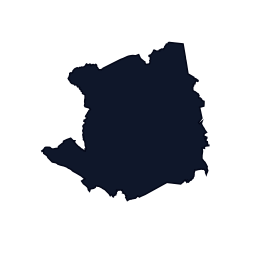 El Arenal, Hidalgo, Mexico (Mercator projection), rotated 243°
{"feature_id": "50627088B4144789748082", "entity_name": "El Arenal", "entity_type": "district", "adm_level": 2, "iso_a3": "MEX", "parent_name": "Mexico", "parent_adm1": "Hidalgo", "projection": "mercator", "projection_center": [-98.879, 20.225], "detail": "fine", "context": "isolated", "style": "filled", "palette": "ink", "viewbox_px": 256, "rotation_deg": 243, "n_neighbors": 0, "source": "geoboundaries", "source_scale": "gbopen_adm2", "svg_char_len": 5766}
<svg xmlns="http://www.w3.org/2000/svg" viewBox="0 0 256 256"><g transform="rotate(243 128 128)"><path d="M54.0,179.8L55.8,179.9L57.5,180.8L57.6,181.0L60.6,181.0L62.6,180.9L64.0,180.4L67.1,179.9L70.1,181.5L73.1,183.6L74.2,184.1L76.6,184.8L76.5,185.3L75.2,186.9L76.6,187.5L76.7,188.4L77.0,189.6L76.7,190.0L76.4,189.8L75.6,192.0L76.0,192.2L76.4,191.3L78.2,191.8L79.8,192.4L80.5,191.1L81.7,192.0L82.1,191.5L83.8,191.7L82.6,193.3L82.3,193.4L83.3,193.3L83.9,194.0L86.6,191.8L87.1,192.0L87.5,192.7L88.3,193.0L88.5,196.0L91.0,195.5L93.2,195.5L95.4,195.2L98.0,195.2L99.0,195.6L100.2,196.9L99.4,193.6L100.5,193.4L100.9,193.4L101.6,194.8L103.2,198.3L114.0,201.2L113.1,205.5L115.1,206.7L117.0,207.7L117.3,207.8L118.2,206.9L119.2,206.3L119.4,206.3L120.1,206.6L121.9,206.0L122.7,204.8L123.8,204.9L124.5,205.9L125.0,205.7L126.0,206.1L126.4,205.9L126.7,205.9L127.0,205.5L127.8,205.2L130.0,204.1L130.6,203.4L131.2,203.2L131.4,202.9L132.4,202.8L133.3,203.5L134.8,203.7L134.7,203.9L135.1,204.4L135.1,204.5L135.8,205.0L135.8,205.5L136.5,206.0L137.1,205.9L137.4,206.6L137.0,207.6L138.3,208.6L139.0,209.5L138.9,210.4L137.9,211.3L137.9,211.5L138.6,212.0L139.0,211.7L140.4,211.1L141.5,210.3L142.1,209.1L142.4,209.1L143.2,209.7L149.0,206.0L162.2,210.3L163.0,210.4L165.1,211.2L177.9,215.2L185.6,203.4L185.6,202.6L184.9,201.8L184.8,201.5L185.1,200.5L185.3,200.3L184.8,199.7L183.7,197.6L182.8,196.9L182.5,196.4L182.5,195.9L182.3,195.7L182.3,195.2L182.1,195.0L183.0,194.1L183.1,191.3L182.4,191.1L183.4,188.3L185.3,186.9L185.6,186.4L185.5,186.1L184.5,185.2L183.2,182.7L182.8,181.6L182.8,180.9L183.1,180.0L183.0,179.7L182.7,179.4L182.1,179.4L181.3,180.1L180.7,180.2L180.4,180.1L179.7,179.4L178.9,179.2L178.2,178.1L177.9,177.9L177.0,178.0L176.4,177.5L175.3,175.8L175.5,175.1L175.8,174.9L175.7,174.6L175.9,174.0L176.3,173.5L176.5,172.8L176.8,172.5L178.3,172.6L179.2,173.0L179.9,172.5L183.8,170.8L184.9,170.6L188.5,170.8L188.7,169.2L188.7,168.3L188.9,167.5L190.3,165.3L190.7,164.4L191.6,161.6L191.9,159.7L192.1,154.8L192.3,153.5L192.4,151.6L192.5,132.9L192.2,132.5L192.2,131.4L191.9,130.8L191.9,130.6L192.1,130.1L192.4,129.9L192.7,129.4L192.8,129.0L193.3,128.3L195.7,128.2L196.5,127.8L198.3,128.5L199.2,128.2L199.4,127.9L199.0,127.2L199.1,126.9L199.3,126.6L200.1,126.2L200.2,125.7L200.8,124.8L200.7,124.5L200.4,124.2L200.2,123.2L200.4,123.1L201.0,123.3L202.0,123.3L202.2,123.1L202.3,122.5L202.2,121.7L202.6,120.6L202.7,120.3L203.8,120.3L203.9,120.1L203.5,119.2L202.8,118.7L202.4,116.0L202.6,115.3L203.3,114.5L203.3,113.5L203.9,112.4L203.7,111.2L204.0,110.7L204.7,110.1L204.8,109.6L204.8,108.4L204.9,107.9L204.7,107.0L203.9,105.0L202.9,104.3L202.9,103.8L202.6,103.5L202.6,102.8L203.2,101.8L203.1,100.9L202.0,100.4L201.4,99.9L200.6,99.0L200.3,98.8L199.9,98.4L199.4,97.3L198.0,97.2L197.2,97.5L196.6,97.5L196.3,97.7L195.1,97.6L193.6,98.0L192.8,98.5L192.3,99.4L191.6,99.8L190.5,100.1L190.1,101.4L189.6,101.9L188.5,101.8L187.6,101.8L186.9,102.9L186.2,103.3L185.8,103.3L185.5,102.8L184.9,102.7L183.9,103.0L183.4,103.4L183.0,103.5L182.1,103.1L181.8,103.2L181.4,103.7L181.1,103.8L179.9,103.5L179.4,103.2L178.9,103.5L177.7,104.5L177.1,104.8L174.8,103.8L174.1,103.3L172.8,102.9L173.0,102.5L171.4,101.5L170.5,101.1L169.7,101.0L167.6,99.4L166.4,99.5L163.9,102.2L163.1,102.7L161.7,103.0L161.4,102.5L161.2,101.2L160.3,99.9L160.0,99.2L159.4,98.5L157.8,95.7L157.5,95.4L157.0,95.5L156.5,96.1L155.9,96.3L155.1,95.8L154.9,93.7L154.6,92.7L154.3,92.3L154.5,92.2L154.0,91.8L153.5,92.5L151.5,92.2L151.0,91.0L151.2,90.5L150.7,89.9L150.5,89.1L150.1,88.7L149.6,88.5L148.9,88.6L148.1,88.4L147.2,87.7L146.3,86.6L145.6,86.3L144.1,86.2L143.0,85.6L143.0,85.1L142.3,84.6L142.0,84.5L141.3,84.8L140.7,84.2L140.4,84.5L139.4,84.0L139.4,83.7L138.7,83.7L138.2,83.6L137.8,83.0L136.7,83.5L136.3,83.5L136.1,83.4L135.5,83.4L133.3,82.7L132.2,82.1L128.4,81.4L128.8,80.2L127.1,79.6L126.8,79.4L126.9,79.2L127.9,78.2L129.3,77.8L130.3,77.1L130.6,76.7L130.4,76.5L131.4,76.3L131.5,76.5L132.9,76.0L132.9,75.7L134.0,75.4L134.5,75.0L135.6,74.8L136.9,74.3L137.8,74.2L140.3,73.6L140.4,74.5L140.7,74.9L141.4,73.7L141.3,73.4L144.9,72.3L145.4,68.3L145.5,64.6L143.9,63.5L144.0,62.4L143.2,58.2L142.8,57.4L141.6,56.9L141.8,56.1L142.6,54.1L143.3,51.4L144.5,50.2L146.0,49.7L146.4,49.3L148.1,46.1L148.2,45.2L148.1,44.8L147.4,43.7L147.2,43.1L146.7,41.6L146.7,40.8L146.2,40.8L146.3,42.4L143.6,41.4L140.0,43.4L137.9,43.3L132.1,45.1L129.9,47.9L128.5,48.9L127.7,49.1L125.7,51.0L123.3,53.8L121.2,55.7L119.2,56.8L118.0,57.8L116.9,58.5L116.2,58.8L115.1,59.1L113.9,59.8L111.6,61.4L106.6,64.6L102.2,66.5L101.8,62.6L98.6,63.0L95.9,64.3L94.3,64.9L92.9,65.2L90.9,64.6L89.1,65.0L89.7,65.7L90.4,66.0L90.8,67.0L89.9,70.0L90.0,71.7L90.8,72.9L90.8,73.9L89.9,74.6L89.1,75.9L88.7,76.1L86.7,77.6L85.8,78.0L83.4,79.6L80.2,80.6L77.9,81.4L76.8,81.4L76.0,81.5L75.9,81.5L76.1,81.9L76.1,83.2L74.4,83.3L73.3,83.6L73.3,83.8L74.2,84.3L74.1,86.8L74.9,86.7L75.2,88.0L75.9,88.2L76.2,88.5L76.6,89.5L77.6,89.3L77.8,89.4L77.9,89.6L77.9,89.8L77.5,90.2L76.7,91.9L76.4,92.8L75.7,94.4L75.2,94.0L74.0,94.6L73.0,94.5L72.6,93.8L71.0,95.4L70.0,95.4L68.9,95.3L68.9,95.5L68.3,96.0L67.1,94.4L66.8,94.5L63.7,94.5L63.9,97.5L63.3,98.2L63.1,99.6L62.1,102.9L63.1,105.7L61.3,106.9L61.4,108.0L61.1,113.0L61.9,138.0L54.2,149.6L54.5,150.4L54.9,152.7L55.1,153.4L55.4,153.4L55.8,155.3L54.8,155.4L54.7,156.2L54.5,155.8L52.9,155.8L53.0,156.5L52.8,156.9L52.5,157.0L52.4,157.1L52.7,157.6L52.6,158.1L53.1,158.4L53.2,158.7L53.0,160.8L53.7,161.1L53.8,161.3L53.5,162.3L53.9,163.3L54.6,163.7L55.0,164.6L55.3,164.9L56.3,165.5L56.5,165.7L57.1,165.9L58.7,167.0L59.9,168.5L60.3,168.6L59.5,170.0L59.2,171.9L59.0,172.1L58.5,173.8L58.0,175.0L57.3,175.9L57.2,176.4L56.6,177.1L55.5,177.4L54.0,177.5L53.5,177.3L52.9,176.8L51.8,176.8L51.1,176.7L52.1,177.7L52.8,178.7L54.0,179.8Z" fill="#0f172a" stroke="#020617" stroke-width="1.5"/></g></svg>